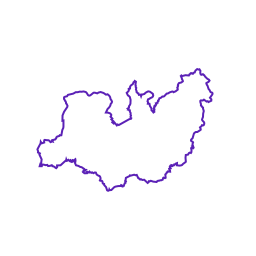 outline of Trieu Son, Thanh Hóa, Vietnam, rotated 144°
{"feature_id": "81297802B97142358911210", "entity_name": "Trieu Son", "entity_type": "district", "adm_level": 2, "iso_a3": "VNM", "parent_name": "Vietnam", "parent_adm1": "Thanh Hóa", "projection": "orthographic", "projection_center": [105.571, 19.802], "detail": "fine", "context": "isolated", "style": "outline", "palette": "violet", "viewbox_px": 256, "rotation_deg": 144, "n_neighbors": 0, "source": "geoboundaries", "source_scale": "gbopen_adm2", "svg_char_len": 5800}
<svg xmlns="http://www.w3.org/2000/svg" viewBox="0 0 256 256"><g transform="rotate(144 128 128)"><path d="M180.8,95.8L180.5,93.1L181.5,89.9L181.0,88.9L179.9,88.7L179.3,89.2L179.4,88.5L177.9,87.6L174.1,88.2L172.7,88.0L170.1,86.8L168.2,85.5L167.1,85.9L166.5,84.7L167.0,84.2L166.7,83.8L166.0,84.2L165.4,83.7L163.2,85.2L162.3,85.1L161.7,86.3L161.3,85.9L161.0,86.0L160.9,87.0L159.0,88.9L154.8,88.2L154.2,88.5L153.9,87.9L150.5,86.6L149.6,85.3L148.5,84.9L149.1,82.0L148.9,82.0L148.7,79.5L148.1,78.9L147.6,79.0L146.9,77.5L145.3,76.6L144.4,72.0L143.0,72.1L142.4,72.7L141.2,71.9L140.6,71.9L139.1,69.8L136.6,67.5L135.9,67.8L134.5,67.6L134.0,67.1L132.5,66.7L132.0,66.2L130.3,65.8L129.0,66.9L128.5,67.0L127.6,65.7L126.8,65.6L125.1,68.5L123.5,68.7L122.8,69.3L122.0,69.1L121.4,69.5L119.6,67.9L119.0,68.9L119.2,69.5L118.7,70.8L117.3,70.3L117.2,71.7L116.9,72.2L115.9,72.6L115.1,72.2L115.6,71.9L115.3,71.5L114.5,71.1L114.1,71.4L114.7,71.9L114.5,72.3L113.4,71.1L112.7,70.8L112.1,71.4L111.1,70.9L110.1,71.1L109.0,70.8L110.4,69.1L108.3,67.2L106.9,66.5L105.9,66.3L104.7,66.6L101.3,66.6L100.9,66.9L99.0,70.1L97.1,72.2L95.1,71.2L93.4,71.9L92.4,71.7L91.8,70.8L90.9,71.2L89.6,72.8L88.8,74.6L88.2,74.6L87.3,73.3L86.5,73.5L86.2,74.5L86.6,75.7L85.8,75.7L85.4,77.0L83.8,78.1L83.8,78.9L84.5,80.1L84.3,81.0L83.7,81.5L81.7,81.8L78.0,84.7L77.0,85.0L75.5,84.9L74.2,84.0L70.4,83.8L69.8,84.3L69.4,86.2L67.3,86.3L66.5,86.8L65.6,85.9L65.1,85.8L63.8,86.6L63.1,87.8L63.4,90.5L63.1,91.4L60.8,92.9L58.8,95.4L56.7,97.2L55.9,99.6L55.3,100.4L55.7,101.8L55.5,102.3L55.8,103.3L54.9,104.5L54.2,106.5L53.6,107.4L52.8,107.5L51.4,106.3L49.9,106.3L48.9,103.2L48.0,103.0L47.5,102.3L47.6,101.7L44.6,101.1L43.7,102.2L43.9,104.3L40.0,105.6L39.4,106.1L39.1,107.0L40.1,108.5L39.7,111.1L39.9,112.1L38.8,115.5L38.8,116.7L38.4,118.1L38.2,118.3L35.6,118.0L34.2,118.4L34.1,119.5L34.9,121.2L35.4,124.2L35.3,126.0L35.7,126.5L35.6,127.2L36.1,127.7L37.2,127.8L37.7,128.5L37.2,130.1L35.8,131.7L35.7,133.5L36.6,133.8L37.4,135.0L39.7,134.8L41.4,133.7L42.6,134.2L43.5,133.7L44.2,134.2L44.3,134.9L44.7,135.4L45.7,135.4L46.6,135.0L46.9,135.2L47.9,134.7L50.4,136.9L53.6,138.2L53.9,138.4L54.0,139.1L54.3,139.0L54.7,139.0L55.2,136.5L55.6,136.0L55.8,134.2L56.2,133.5L58.1,133.5L60.4,134.4L61.0,134.2L62.2,133.6L62.5,132.9L63.1,132.7L63.3,132.1L64.5,131.6L64.6,130.8L65.2,129.8L68.0,129.7L70.1,130.2L70.1,130.7L70.7,131.5L73.2,132.3L75.5,132.5L76.5,133.1L80.1,132.4L81.2,132.8L81.7,133.3L83.7,133.1L85.2,133.6L86.2,132.8L86.9,132.7L87.5,132.0L87.8,132.2L88.0,131.9L88.9,131.6L89.3,131.0L90.3,131.4L90.7,131.0L91.0,131.3L91.3,130.5L92.5,129.9L93.0,130.3L93.4,129.8L93.9,130.0L94.0,129.5L94.4,129.6L95.8,128.5L95.5,127.8L95.8,127.3L96.4,127.2L96.8,126.3L97.5,126.4L97.5,127.3L97.7,127.6L97.5,125.6L98.3,125.6L98.3,127.2L98.6,128.5L97.5,130.1L97.3,133.0L96.4,134.9L97.7,136.0L96.6,137.0L96.6,138.0L95.0,139.4L93.3,139.0L92.3,139.1L91.0,138.7L89.4,138.8L88.3,139.7L88.2,140.4L87.8,141.1L88.9,144.4L89.9,145.6L90.6,145.9L93.1,146.2L94.7,145.9L97.1,146.8L98.0,146.6L98.7,146.1L98.4,147.1L98.0,147.5L99.7,148.4L99.2,149.9L99.8,150.5L99.7,151.8L99.9,152.2L99.3,153.0L98.9,154.6L97.7,155.6L97.7,156.6L96.7,157.9L96.7,158.5L94.4,160.8L94.9,162.1L95.9,161.6L96.5,161.8L98.3,160.7L100.8,160.7L102.0,160.2L103.1,158.8L103.5,158.7L104.0,159.2L104.4,159.3L105.1,158.1L106.0,157.5L108.4,157.2L108.9,154.5L108.4,153.0L108.3,152.0L109.4,149.2L111.8,146.2L113.0,145.5L114.5,145.0L115.3,143.8L116.5,143.9L116.3,143.5L116.6,143.0L117.2,142.8L116.1,141.2L116.8,140.4L117.1,138.5L118.1,137.4L118.2,136.4L119.5,135.5L119.8,134.6L119.6,134.0L120.1,133.7L121.9,134.4L133.7,135.8L134.4,137.0L135.5,136.7L135.7,140.4L136.9,140.0L137.4,141.9L135.9,142.5L136.4,144.7L135.1,144.9L135.5,147.4L134.4,147.8L133.7,148.7L133.9,150.4L134.4,151.1L135.2,152.2L136.8,153.5L133.3,155.4L131.2,155.7L129.2,156.5L127.9,157.6L126.4,158.0L125.5,158.6L125.1,160.1L125.2,161.4L124.3,163.6L124.2,165.1L124.7,167.3L126.2,167.9L127.2,170.7L129.0,173.2L131.0,174.0L132.5,174.1L134.1,176.1L135.2,176.8L138.5,176.6L139.8,176.7L140.5,177.1L141.0,178.1L140.8,180.6L141.0,181.9L142.5,183.7L144.4,184.7L145.5,185.7L147.8,186.6L149.3,187.7L152.1,188.0L157.1,190.1L158.7,189.5L160.5,190.3L161.7,190.4L162.7,189.1L162.6,188.5L163.0,187.1L162.8,186.5L163.1,185.2L163.7,184.2L163.5,183.6L163.9,181.5L164.8,180.7L170.2,178.7L173.6,176.6L176.8,172.4L175.8,172.0L179.3,167.2L180.3,166.1L182.3,165.0L186.2,161.3L186.8,161.6L187.4,162.3L188.5,162.0L190.3,162.7L191.6,162.5L192.1,161.9L193.6,161.5L194.4,162.0L195.9,162.0L196.1,162.6L196.5,162.8L196.8,162.6L197.0,161.5L197.5,162.2L198.3,161.9L199.0,162.1L199.1,163.8L199.5,164.8L200.8,165.8L202.3,167.3L202.7,167.4L203.6,166.7L204.3,165.5L206.8,166.3L206.7,168.1L207.7,167.0L213.8,164.0L214.5,161.8L215.2,161.1L214.2,159.2L215.3,158.6L216.3,153.4L219.2,150.3L219.7,150.7L221.9,149.0L220.2,147.8L219.5,148.4L218.3,148.5L216.3,146.2L215.0,145.6L215.0,144.2L213.5,143.3L211.5,142.7L211.6,141.5L211.1,141.2L210.2,139.5L210.1,138.5L209.7,137.7L208.3,138.0L207.4,139.4L204.5,137.5L199.1,138.1L197.9,138.2L197.5,137.8L196.5,138.7L196.8,137.6L196.6,137.3L195.0,137.4L194.7,135.9L193.4,135.9L193.3,135.2L194.1,134.6L193.4,133.5L191.8,133.2L191.8,134.3L191.6,134.5L191.0,133.7L189.0,133.7L189.4,132.8L190.6,131.4L191.4,131.1L192.0,128.4L190.4,126.5L189.6,124.7L188.7,123.7L188.1,122.5L187.9,121.3L187.5,120.8L187.7,119.8L186.8,119.0L187.7,118.8L189.1,119.5L189.4,118.9L190.3,118.9L190.3,118.6L190.0,118.2L189.9,117.1L189.6,116.8L188.0,115.7L187.4,116.7L186.8,116.7L186.6,115.4L184.9,115.4L185.1,114.5L184.3,114.1L184.0,113.3L183.1,113.2L182.6,111.8L180.9,111.5L180.2,110.8L180.7,108.8L179.9,106.7L179.3,106.0L179.2,105.1L179.5,104.0L180.1,103.0L181.6,102.1L181.5,101.7L180.2,100.6L180.1,100.1L180.2,99.5L180.9,98.3L180.8,97.4L180.2,96.8L180.8,95.8Z" fill="none" stroke="#5b21b6" stroke-width="2"/></g></svg>